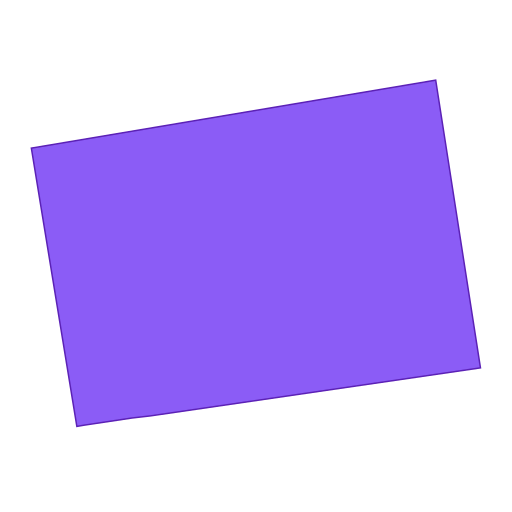 outline of Dimmit, Texas, United States of America, rotated 171°
{"feature_id": "52423323B99675237938488", "entity_name": "Dimmit", "entity_type": "district", "adm_level": 2, "iso_a3": "USA", "parent_name": "United States of America", "parent_adm1": "Texas", "projection": "orthographic", "projection_center": [-99.607, 28.423], "detail": "fine", "context": "isolated", "style": "filled", "palette": "violet", "viewbox_px": 512, "rotation_deg": 171, "n_neighbors": 0, "source": "geoboundaries", "source_scale": "gbopen_adm2", "svg_char_len": 265}
<svg xmlns="http://www.w3.org/2000/svg" viewBox="0 0 512 512"><g transform="rotate(171 256 256)"><path d="M452.1,115.8L404.2,115.4L385.3,114.6L51.8,110.4L51.0,401.6L461.0,397.7L459.6,115.7L452.1,115.8Z" fill="#8b5cf6" stroke="#5b21b6" stroke-width="1.5"/></g></svg>